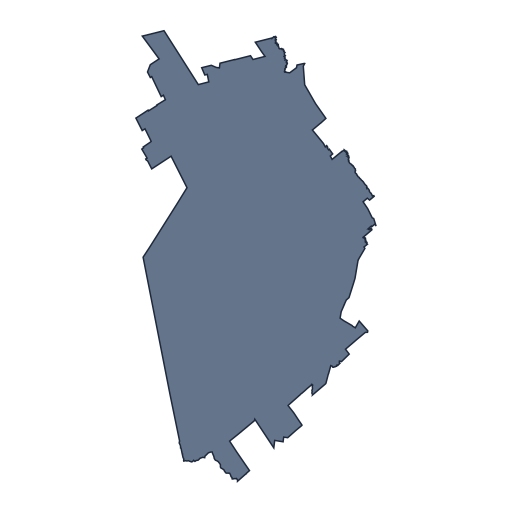 the district of Bogan, New South Wales, Australia
{"feature_id": "25037944B35156214632360", "entity_name": "Bogan", "entity_type": "district", "adm_level": 2, "iso_a3": "AUS", "parent_name": "Australia", "parent_adm1": "New South Wales", "projection": "equal_earth", "projection_center": [147.254, -31.57], "detail": "fine", "context": "isolated", "style": "filled", "palette": "slate", "viewbox_px": 512, "rotation_deg": 0, "n_neighbors": 0, "source": "geoboundaries", "source_scale": "gbopen_adm2", "svg_char_len": 5911}
<svg xmlns="http://www.w3.org/2000/svg" viewBox="0 0 512 512"><path d="M147.5,72.0L150.3,77.5L151.7,76.6L161.2,96.6L163.4,95.2L165.4,99.7L156.8,105.0L157.0,105.5L148.5,110.9L148.1,110.1L135.9,118.1L142.2,130.6L145.0,128.8L151.2,141.4L150.1,142.3L143.2,147.0L143.6,147.8L141.8,149.1L147.1,158.1L145.7,159.0L146.1,159.9L147.7,161.0L151.7,168.9L171.1,156.2L187.0,187.7L178.0,202.3L158.4,233.4L149.6,247.3L143.1,257.2L169.9,393.9L179.6,441.1L179.4,441.6L179.2,443.0L180.3,445.2L180.7,447.5L180.5,447.9L181.1,448.4L182.2,453.9L182.6,454.1L182.4,454.7L183.1,457.8L183.6,458.4L183.8,459.8L183.6,460.3L183.8,461.1L185.5,460.7L186.9,461.0L188.5,460.7L189.5,461.2L191.5,461.9L192.5,461.6L192.8,461.3L193.6,460.3L194.9,461.4L196.2,460.5L198.1,460.2L199.4,459.0L200.0,458.3L202.8,457.3L204.7,457.7L204.9,456.5L205.4,455.6L206.0,455.2L208.4,452.8L210.9,452.0L212.2,452.0L212.5,453.3L213.8,456.3L214.3,458.6L215.4,460.2L216.9,460.8L218.4,461.8L219.0,462.7L219.3,463.0L220.4,464.6L220.4,467.0L220.9,468.0L222.6,468.9L224.2,470.2L224.4,471.0L225.0,471.6L225.4,472.5L226.2,473.1L229.6,473.2L230.4,474.6L231.1,476.7L232.0,477.6L232.0,478.2L232.2,479.0L233.0,479.0L233.7,478.7L234.0,478.8L235.0,478.5L235.9,478.8L236.5,478.5L237.5,480.0L237.5,481.3L245.4,474.3L246.4,473.7L246.4,473.3L249.5,470.6L236.8,452.1L229.6,441.1L238.3,434.1L254.4,420.7L254.8,419.2L273.8,447.9L274.7,440.4L283.1,441.8L283.7,437.1L287.7,437.7L296.0,430.3L301.9,425.4L302.0,425.1L298.3,419.7L293.9,413.0L288.1,405.6L288.1,405.4L298.5,396.2L298.9,395.7L299.4,395.5L301.0,393.8L301.7,393.4L304.6,390.9L307.2,388.5L310.8,385.5L311.8,384.3L312.7,385.1L312.3,385.8L312.5,388.7L312.4,389.3L312.0,389.9L311.9,390.8L312.2,391.4L311.9,392.7L312.0,393.6L312.6,394.5L312.5,395.0L325.6,383.8L325.9,383.4L328.3,374.1L328.5,373.9L330.8,365.6L332.1,366.2L332.4,366.4L332.6,367.1L333.2,367.3L333.8,367.2L334.9,366.7L335.4,366.7L335.7,366.4L336.4,366.3L337.1,365.0L337.7,365.5L340.0,363.2L339.3,362.5L339.4,361.1L341.2,361.4L341.5,361.6L349.2,354.1L345.5,349.2L356.8,339.5L365.3,332.4L367.5,332.3L367.8,330.9L359.2,321.0L355.3,327.8L354.2,327.1L352.8,326.4L352.0,325.5L343.9,320.8L340.1,318.2L341.2,311.7L344.3,304.6L344.2,304.6L346.3,300.0L349.0,297.6L353.4,283.7L355.0,278.4L358.0,260.6L358.5,259.6L358.4,259.5L364.9,248.4L364.0,247.0L367.3,244.3L367.1,244.2L366.7,243.6L366.7,243.3L367.1,242.9L366.7,242.0L366.0,241.7L365.7,242.0L365.6,241.6L365.4,241.6L365.5,241.4L365.4,241.0L365.9,240.7L365.7,240.2L365.3,239.9L365.6,239.6L365.4,239.2L365.1,239.0L365.5,238.6L365.4,238.0L364.6,238.0L364.4,237.5L364.1,237.6L363.5,237.4L363.5,237.9L363.4,237.9L363.2,237.8L363.0,237.4L371.9,229.8L371.8,229.1L371.0,228.5L370.7,228.5L370.7,229.1L369.9,228.8L369.1,228.9L369.1,229.1L369.3,229.3L369.2,229.6L368.6,229.4L368.6,228.8L368.2,228.8L370.5,226.7L371.3,226.1L371.7,226.8L374.9,224.1L376.1,226.1L373.7,218.5L372.2,217.8L367.8,208.8L363.1,201.8L367.3,198.2L369.6,200.1L374.2,196.3L374.1,196.1L373.8,195.6L373.3,195.7L373.1,196.2L372.9,196.3L372.2,195.7L371.8,194.4L371.4,194.0L371.1,193.2L370.7,193.1L370.3,192.7L369.4,191.4L369.4,190.7L368.9,189.6L367.5,188.0L366.9,188.5L366.6,187.4L366.9,186.6L366.5,185.7L366.0,185.4L365.8,185.1L365.1,184.6L364.9,184.2L364.1,183.2L363.9,182.7L363.3,181.8L362.8,181.5L362.5,180.9L361.4,180.2L361.1,179.6L360.0,178.5L359.6,178.4L359.2,177.4L358.2,176.8L357.8,176.4L357.5,175.6L357.0,175.1L356.9,174.7L356.7,174.6L356.7,174.2L356.0,173.4L355.6,173.2L355.2,172.7L355.1,171.6L355.5,170.9L355.3,170.7L355.5,170.4L355.3,169.9L355.4,169.0L354.4,168.2L354.2,167.4L353.7,166.8L353.4,166.6L353.2,165.9L352.7,165.8L352.6,165.4L352.0,165.1L351.8,164.7L351.5,164.7L351.3,164.2L349.9,163.4L349.7,163.0L349.4,162.8L349.3,162.4L349.1,162.2L349.1,161.8L348.7,161.5L348.5,161.1L348.9,160.4L348.4,160.0L348.3,159.4L348.6,159.2L348.5,158.9L348.7,158.7L348.6,158.4L348.8,158.1L348.6,157.8L348.8,157.6L348.3,157.3L348.6,156.9L348.8,157.0L348.9,156.9L348.7,156.5L348.2,156.6L348.4,156.1L348.2,155.8L347.5,155.9L347.8,155.6L347.6,155.2L347.9,155.1L347.4,154.8L347.7,154.0L347.3,153.9L347.5,153.6L347.1,153.5L347.0,153.1L346.9,153.2L347.0,152.8L346.6,153.0L346.6,152.8L346.9,152.6L346.5,152.5L346.8,152.1L346.5,151.9L346.5,151.5L346.3,151.6L346.1,152.2L345.9,152.0L346.0,151.5L345.8,151.0L345.5,151.0L345.3,150.8L345.0,151.0L344.9,150.4L344.6,150.1L344.3,150.3L344.1,150.0L344.0,150.4L343.8,150.2L341.8,151.7L341.7,151.5L332.1,159.4L330.3,156.0L332.7,153.9L329.3,149.2L328.6,149.8L327.2,147.7L327.7,147.2L326.7,145.6L325.3,146.9L323.4,143.4L312.4,130.0L320.1,123.5L320.6,123.2L325.9,118.4L315.5,103.6L304.7,84.8L303.3,66.2L304.7,63.5L304.3,63.4L297.0,65.0L296.5,67.7L289.7,72.8L284.6,72.1L284.5,71.7L285.3,71.5L284.6,71.0L284.8,69.9L285.1,69.6L284.9,69.3L284.8,68.8L285.7,67.9L285.6,67.2L286.2,67.4L286.5,67.1L286.5,66.8L286.0,66.2L285.8,65.6L286.5,65.4L286.6,64.8L287.1,64.1L287.4,63.3L287.3,63.0L286.7,62.9L286.8,62.0L286.3,61.9L287.0,60.6L286.5,60.6L286.5,60.1L285.9,59.9L285.7,59.5L285.2,59.7L285.4,59.2L285.3,58.9L285.0,58.6L284.6,58.5L285.1,57.1L284.2,56.8L283.9,56.4L284.6,55.7L285.2,55.5L284.6,54.8L284.3,53.9L284.5,52.9L285.0,52.6L284.4,51.8L283.7,51.6L284.0,50.6L283.8,50.3L283.3,49.9L283.4,49.3L283.1,49.2L282.7,49.6L282.2,49.7L282.0,49.4L282.0,48.7L281.7,48.5L280.0,48.9L279.1,48.5L278.7,46.8L278.1,46.2L278.4,45.7L278.2,45.0L278.3,44.4L277.7,44.4L277.5,44.8L277.3,44.9L277.2,43.6L276.9,43.0L276.7,43.1L276.5,43.6L276.2,42.9L275.5,43.3L275.3,43.1L275.3,42.8L275.8,42.2L276.0,41.3L275.8,41.0L275.4,40.9L275.3,40.4L275.9,40.4L276.3,39.6L275.9,39.3L275.5,39.3L275.7,38.1L276.3,37.4L276.0,37.1L275.7,36.5L275.3,36.4L274.5,37.2L274.0,36.7L273.8,36.7L272.0,38.4L271.9,38.0L255.3,42.2L261.9,52.1L265.0,56.4L253.0,59.5L250.5,55.7L234.8,59.7L234.7,59.5L220.0,63.2L219.4,67.9L216.2,67.4L211.3,65.3L201.7,67.7L204.8,75.0L207.3,74.4L208.8,81.9L198.3,84.6L164.0,30.7L142.3,36.1L159.1,58.9L150.3,64.7L147.5,72.0Z" fill="#64748b" stroke="#1e293b" stroke-width="1.5"/></svg>